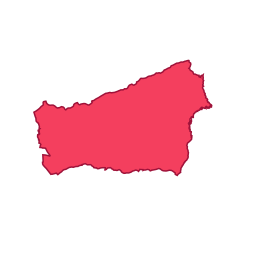 the district of Tabio, Cundinamarca, Colombia, rotated 59°
{"feature_id": "7082276B43625125336018", "entity_name": "Tabio", "entity_type": "district", "adm_level": 2, "iso_a3": "COL", "parent_name": "Colombia", "parent_adm1": "Cundinamarca", "projection": "natural_earth1", "projection_center": [-74.079, 4.952], "detail": "fine", "context": "isolated", "style": "filled", "palette": "rose", "viewbox_px": 256, "rotation_deg": 59, "n_neighbors": 0, "source": "geoboundaries", "source_scale": "gbopen_adm2", "svg_char_len": 5738}
<svg xmlns="http://www.w3.org/2000/svg" viewBox="0 0 256 256"><g transform="rotate(59 128 128)"><path d="M66.0,200.5L70.8,201.7L72.0,201.8L74.6,203.1L75.0,203.2L77.2,202.7L77.6,202.3L80.9,203.1L82.7,204.4L83.2,203.8L83.4,204.3L83.4,205.0L83.8,205.4L83.7,206.2L84.6,206.5L84.7,206.2L84.9,206.3L85.1,205.8L85.7,206.2L86.4,207.1L87.0,206.6L87.6,207.0L87.6,207.5L87.8,207.8L87.3,208.9L88.1,209.5L88.7,209.7L89.0,210.1L91.1,210.2L92.2,210.8L92.6,210.3L95.1,212.1L96.0,211.3L97.2,211.2L98.2,212.6L98.8,213.0L99.3,213.5L100.4,212.1L101.4,211.3L101.7,210.6L102.9,209.1L106.9,209.4L111.4,209.0L111.7,209.5L108.8,212.5L107.1,214.8L113.4,218.2L113.3,218.9L114.9,219.7L116.4,219.8L119.5,219.2L120.4,218.9L128.0,218.0L128.1,217.5L128.6,216.7L129.8,212.7L130.4,212.4L131.6,212.4L131.8,212.1L131.4,209.6L131.3,207.5L130.8,205.9L130.7,204.5L131.4,202.5L131.5,198.9L132.4,196.4L133.5,195.1L134.1,192.6L135.2,190.7L135.1,190.1L135.4,188.3L136.2,186.5L135.1,185.9L135.5,186.0L136.0,185.5L136.1,184.6L136.6,183.0L138.6,181.8L140.2,178.9L141.1,178.5L142.1,178.4L143.2,177.7L144.4,177.7L144.7,177.1L145.3,176.8L146.0,175.4L146.6,175.4L147.1,175.2L147.8,174.0L148.1,172.1L148.9,170.3L150.3,168.0L151.4,168.6L152.0,169.4L152.2,169.2L152.3,167.8L151.9,166.7L151.8,166.0L152.0,165.4L152.4,164.9L152.8,163.6L153.5,163.2L154.5,163.0L155.8,162.1L156.5,162.1L157.0,161.7L157.6,160.6L158.7,159.3L158.9,158.7L159.0,157.4L159.2,156.9L160.5,156.3L161.4,156.1L162.3,156.2L163.3,155.8L164.1,155.3L164.8,154.7L165.4,153.5L165.6,152.6L166.9,150.5L167.4,148.1L167.3,146.2L167.7,144.9L168.0,143.1L168.7,142.3L169.9,141.5L170.6,141.3L169.6,139.1L169.9,138.9L171.4,136.6L172.1,137.0L172.2,136.1L173.0,134.6L173.5,132.7L173.8,132.3L174.8,131.3L176.0,131.1L176.3,130.8L176.4,130.3L176.3,129.7L177.9,125.4L178.6,122.4L179.2,122.0L179.4,121.6L182.0,120.5L182.9,119.7L184.4,117.6L184.9,116.3L185.5,114.3L186.7,112.7L187.7,112.0L190.9,110.7L191.8,111.3L192.2,111.3L194.0,110.2L193.4,108.9L193.1,105.7L192.3,105.4L191.5,104.8L191.1,104.2L190.2,103.8L189.6,103.0L188.6,101.1L188.2,100.9L188.0,99.7L187.8,99.4L187.4,99.0L187.0,98.0L186.6,97.8L186.4,97.2L186.5,96.7L186.1,96.4L186.1,96.0L185.8,95.4L185.9,94.7L185.8,94.4L184.5,92.0L183.6,91.2L182.4,90.8L182.4,90.6L180.1,88.8L179.2,88.7L178.4,88.2L176.0,87.8L174.4,86.6L173.3,86.7L171.5,84.6L171.4,83.3L170.9,80.8L170.4,79.3L169.3,78.5L168.6,78.5L168.6,77.9L168.1,77.7L167.6,77.2L167.4,77.3L167.7,77.9L167.1,78.0L166.4,77.4L165.4,77.1L164.2,75.9L163.7,75.7L162.9,76.5L162.4,76.5L162.1,76.3L161.8,75.7L161.1,75.5L161.3,75.7L160.7,76.0L160.0,75.5L159.4,75.7L159.0,74.5L158.4,74.6L158.0,74.0L156.8,73.9L156.7,72.7L156.2,73.3L155.8,73.0L155.6,73.1L155.6,73.5L155.1,73.2L155.0,73.3L154.9,73.0L155.1,72.7L155.6,72.8L155.7,72.2L156.0,71.6L156.0,71.2L155.6,71.1L155.6,71.6L155.1,71.6L154.9,72.2L154.7,72.2L154.3,71.8L154.7,71.5L154.6,71.0L155.1,70.9L155.3,70.7L155.2,70.3L154.2,69.7L154.1,70.5L153.8,70.7L153.2,70.8L152.5,70.5L152.0,70.0L151.9,69.1L152.4,69.0L151.5,68.6L151.2,68.2L151.2,67.3L151.8,66.5L152.1,66.7L152.2,67.3L152.6,66.6L152.3,66.3L151.8,66.2L150.9,65.6L150.3,64.8L149.9,64.6L149.6,64.3L149.6,63.1L149.2,62.6L149.1,62.0L149.3,61.1L148.9,60.7L149.0,60.3L149.6,59.7L149.1,59.3L149.0,59.0L149.2,58.3L149.5,57.9L149.4,56.9L148.6,56.2L148.5,55.2L148.2,54.6L148.3,53.9L148.7,53.9L148.9,54.7L149.4,55.4L149.8,55.6L150.1,55.2L149.5,54.0L149.5,53.0L150.6,52.2L150.6,51.8L150.9,51.5L151.5,51.1L151.3,51.0L150.7,51.4L150.2,51.1L149.7,50.1L149.9,49.6L150.5,49.6L150.9,50.0L151.1,49.1L151.3,48.9L151.9,49.0L151.9,49.3L152.1,49.4L152.8,48.1L152.8,47.9L152.3,47.8L152.1,47.5L151.5,47.2L151.4,46.6L151.7,46.2L152.6,46.4L153.0,45.7L151.7,44.6L151.0,44.7L150.8,45.1L150.3,45.0L148.9,45.6L147.9,45.4L147.6,45.6L147.2,46.2L146.6,45.9L146.3,46.2L145.8,46.0L145.1,46.0L144.9,45.7L144.9,45.3L144.6,45.1L143.2,45.2L142.1,45.9L141.1,45.0L140.6,44.9L139.7,45.1L139.4,44.8L138.8,44.8L138.4,44.2L136.6,44.3L134.8,43.6L132.2,43.5L131.6,43.2L131.3,42.9L131.1,41.7L130.1,42.0L129.8,41.6L129.3,41.6L129.0,40.9L128.2,40.3L127.3,40.1L127.0,39.5L126.5,39.2L126.3,38.7L124.8,38.7L124.0,37.8L121.8,36.8L121.1,36.2L121.2,36.8L121.0,37.3L121.2,38.4L120.9,38.3L120.9,39.1L121.1,39.5L122.0,39.7L120.7,40.7L120.2,40.7L119.5,40.0L118.4,41.4L117.9,41.6L117.4,42.1L116.6,42.5L115.7,43.8L114.7,43.8L113.3,43.5L111.5,44.3L111.0,44.8L110.4,44.9L108.9,44.6L108.3,45.1L107.5,43.3L105.8,41.4L104.6,40.9L103.1,41.6L102.6,41.5L101.6,41.0L101.3,41.2L100.9,42.2L100.3,44.5L100.0,45.2L100.0,45.9L99.6,47.4L98.8,48.5L98.3,51.3L97.5,52.9L97.3,57.2L96.9,58.9L97.8,60.5L97.7,61.7L97.4,62.4L97.3,65.5L97.0,67.1L97.3,67.4L97.4,68.1L97.9,69.5L97.9,70.0L97.7,70.8L97.8,72.0L96.7,72.8L96.1,74.6L95.4,75.4L95.5,76.3L95.7,76.8L95.8,78.7L95.3,80.3L95.3,81.5L94.8,82.2L94.2,84.0L94.3,86.6L94.1,87.6L93.2,89.7L92.1,91.3L92.1,91.9L92.6,93.0L93.2,95.0L93.0,96.9L94.0,97.6L94.4,98.7L94.3,101.0L93.0,101.9L92.4,102.1L92.0,104.6L92.1,105.1L92.5,106.2L93.4,107.5L93.6,108.3L93.6,108.9L93.4,109.6L92.6,110.7L92.8,112.4L91.6,114.6L91.5,116.0L91.3,116.7L91.3,117.3L90.6,121.0L89.4,123.8L89.1,124.3L88.2,125.2L87.4,127.9L86.8,129.3L86.7,135.2L86.8,137.3L86.6,140.7L86.8,143.2L86.2,144.9L86.4,145.3L87.6,145.6L87.8,145.9L88.1,147.3L88.2,149.6L87.6,150.4L85.1,152.1L84.3,153.2L83.2,156.2L83.3,157.1L83.0,157.7L82.7,157.9L81.9,158.2L80.2,158.3L80.0,158.8L79.7,160.7L79.8,161.8L80.2,162.6L81.0,163.3L81.3,164.2L81.2,167.0L80.1,169.0L80.0,169.7L80.0,170.3L80.4,171.6L80.3,172.1L80.2,172.2L79.5,172.4L77.6,172.4L76.6,172.8L75.4,174.1L75.3,176.1L74.5,178.2L73.5,178.8L71.5,179.4L69.9,180.3L69.2,181.4L68.3,183.2L67.1,184.3L65.2,185.0L62.7,184.6L62.0,186.5L62.0,187.0L62.4,187.6L64.2,188.5L64.6,188.9L64.9,191.5L65.6,193.7L65.9,195.9L66.1,198.3L66.0,200.5Z" fill="#f43f5e" stroke="#9f1239" stroke-width="1.5"/></g></svg>